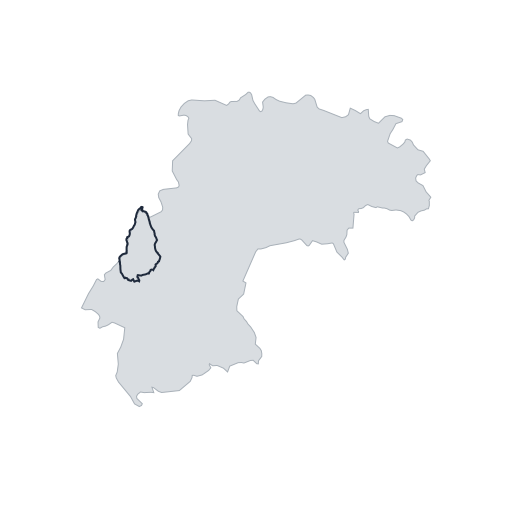 Mali, Mali, Guinea (highlighted), rotated 294°
{"feature_id": "49546643B49159513129654", "entity_name": "Mali", "entity_type": "district", "adm_level": 2, "iso_a3": "GIN", "parent_name": "Guinea", "parent_adm1": "Mali", "projection": "albers", "projection_center": [-12.025, 12.05], "detail": "fine", "context": "in_parent", "style": "outline", "palette": "slate", "viewbox_px": 512, "rotation_deg": 294, "n_neighbors": 0, "source": "geoboundaries", "source_scale": "gbopen_adm2", "svg_char_len": 7324}
<svg xmlns="http://www.w3.org/2000/svg" viewBox="0 0 512 512"><g transform="rotate(294 256 256)"><path d="M309.9,330.5L306.0,330.0L304.3,330.7L299.2,336.8L296.1,339.2L291.3,338.4L289.6,338.9L288.3,338.2L290.0,334.9L292.5,328.3L298.7,321.7L298.9,320.3L296.3,316.4L293.5,311.2L293.5,305.5L293.0,301.4L287.4,300.3L286.4,299.6L286.2,298.3L289.3,291.2L289.5,289.8L289.1,288.5L285.7,284.9L280.4,278.3L271.1,264.6L267.7,261.7L264.4,257.6L263.2,254.9L259.8,254.0L227.8,254.2L227.3,257.8L216.2,260.2L209.5,257.4L201.9,259.0L198.2,260.8L195.4,268.8L193.8,270.5L192.2,274.1L190.7,276.1L189.0,280.0L185.4,285.6L181.6,289.2L175.2,291.2L173.2,297.1L171.7,299.3L169.2,301.0L166.6,302.1L161.3,300.9L158.4,302.0L157.9,300.5L159.6,295.8L158.3,293.4L153.3,288.5L152.8,286.1L151.3,283.1L144.7,276.8L138.5,277.2L140.3,271.9L140.2,265.0L138.1,261.1L138.7,257.3L137.6,257.5L135.5,260.2L132.2,259.3L125.4,255.1L122.1,251.0L121.7,247.6L121.0,246.3L118.9,247.0L114.7,246.9L101.9,240.7L92.9,225.3L92.7,221.8L94.1,215.9L93.8,214.3L89.6,218.2L88.8,215.5L85.7,209.4L84.8,205.8L81.7,204.2L79.3,203.9L77.4,205.1L74.8,212.2L72.9,212.2L71.0,210.6L71.5,205.2L76.5,198.6L84.9,181.7L87.8,177.9L89.7,176.5L93.6,176.4L101.2,174.2L110.6,169.0L117.7,169.5L126.1,168.9L137.1,165.3L137.3,154.0L136.9,151.4L133.1,149.1L130.8,147.1L128.9,144.6L126.5,142.8L126.6,140.9L131.5,138.5L135.9,138.6L137.4,137.6L138.5,136.0L139.8,131.9L140.3,127.6L137.4,121.8L137.6,117.7L153.6,118.3L162.4,119.5L169.6,119.9L170.8,120.8L169.8,124.8L170.7,127.2L173.1,127.8L177.2,125.1L179.3,125.7L183.8,129.2L188.0,130.1L192.5,132.0L196.8,133.1L200.7,132.9L203.5,134.9L208.9,135.5L215.8,133.0L221.3,132.0L228.9,131.7L232.9,132.5L244.5,130.5L253.7,131.6L252.3,133.0L248.1,142.1L248.6,143.7L257.9,151.4L260.1,151.9L262.7,150.9L266.7,147.3L269.8,143.4L272.8,141.5L276.4,141.6L279.2,144.3L285.9,155.7L287.6,157.2L289.2,157.1L292.1,155.0L293.5,152.5L299.6,144.9L309.1,141.1L331.7,149.6L335.0,150.2L337.0,149.5L339.8,144.4L348.2,140.0L352.3,138.7L354.6,138.6L355.5,137.2L355.9,135.1L355.4,132.9L352.8,129.1L352.7,127.9L354.2,127.2L357.4,126.6L361.6,126.9L366.3,128.5L370.2,130.9L372.4,133.8L376.8,145.8L381.6,155.2L381.6,167.9L383.7,169.1L386.0,169.6L387.1,170.6L389.5,175.8L391.7,177.3L394.3,177.6L399.3,180.9L402.4,182.2L402.9,183.2L402.8,184.6L401.6,186.4L396.9,189.9L394.6,192.9L389.9,200.2L389.7,201.5L390.8,202.5L392.8,202.6L394.9,202.1L399.3,199.4L402.8,200.3L406.2,202.3L407.4,204.3L407.8,207.0L407.1,210.6L407.0,214.5L408.2,221.2L410.1,227.9L411.9,230.3L423.2,236.0L424.3,238.2L424.9,240.7L424.1,244.1L423.0,246.0L416.9,251.3L416.0,253.8L416.5,258.5L417.3,278.1L419.7,281.3L422.7,283.0L429.4,282.0L429.3,287.4L428.5,293.5L432.5,295.3L434.5,297.2L435.6,298.9L429.4,302.2L427.6,304.1L426.9,309.2L427.1,313.9L435.6,317.2L438.9,321.1L440.4,325.1L441.0,332.8L440.3,334.6L438.1,334.7L433.8,330.0L427.3,329.6L422.4,328.8L414.3,329.5L413.0,330.9L412.2,341.2L414.1,342.9L418.0,344.8L420.6,345.6L422.7,345.3L424.3,346.5L424.7,349.9L423.6,352.4L421.5,354.7L418.9,360.7L419.6,366.1L415.1,374.8L413.9,376.5L407.8,374.9L403.8,374.4L401.0,376.6L397.0,373.3L396.2,370.7L394.8,370.1L392.2,370.1L389.7,371.7L388.7,374.4L388.2,379.9L383.8,385.3L380.8,391.8L377.2,391.3L376.4,392.1L372.6,393.8L369.3,394.3L368.4,392.6L366.4,391.2L364.3,388.4L361.8,386.2L357.1,384.7L355.3,385.4L353.1,385.3L351.7,384.4L351.8,383.0L354.3,379.6L355.6,376.4L356.3,373.0L356.3,369.7L355.0,365.2L352.8,361.5L352.3,359.4L352.5,356.4L352.0,353.6L351.3,352.1L350.3,346.8L349.0,345.9L348.3,341.6L348.5,337.2L346.7,335.6L343.8,334.4L342.1,332.7L341.1,330.8L340.1,330.3L339.2,330.4L338.4,331.6L337.5,331.9L335.8,327.8L335.1,327.6L334.0,328.6L320.9,333.2L319.2,329.4L316.7,328.7L312.4,330.3L309.9,330.5Z" fill="#d9dde1" stroke="#a8b0b8" stroke-width="1"/><path d="M185.4,159.5L186.1,159.4L186.6,159.0L187.2,158.1L187.7,157.7L188.1,157.3L188.2,156.5L188.9,156.0L189.7,156.0L190.3,155.7L190.5,155.8L191.0,157.8L191.5,159.3L192.5,160.0L193.6,161.6L194.2,162.5L195.0,163.3L195.9,164.0L196.3,164.5L196.2,164.9L196.5,165.3L197.1,165.0L197.6,165.1L198.1,165.2L198.5,165.3L199.4,165.6L200.3,165.4L201.0,165.9L201.6,167.7L201.5,167.9L202.1,167.9L203.4,168.0L203.6,168.0L203.9,168.1L204.1,168.2L204.4,168.1L204.5,168.2L204.9,168.3L205.0,168.3L205.4,168.4L205.5,168.4L206.0,168.5L207.3,167.7L207.7,167.8L208.5,168.4L208.8,168.6L210.0,169.0L210.8,168.8L211.4,169.2L211.7,169.6L212.4,169.4L213.5,169.4L215.0,169.2L216.5,168.9L217.0,168.1L217.8,166.5L218.5,165.0L218.8,165.0L219.5,163.1L220.3,162.1L221.2,161.3L222.4,160.4L223.6,159.8L224.9,158.9L226.5,158.7L227.7,158.9L229.0,159.0L230.3,159.1L230.4,158.9L232.0,157.4L232.7,156.5L233.3,155.5L234.0,155.0L234.6,154.5L235.1,154.4L236.5,153.3L237.6,152.6L237.7,152.3L237.8,152.1L237.9,151.8L238.0,151.6L238.1,151.4L238.2,151.1L238.3,150.9L238.4,150.7L238.6,150.4L238.7,150.2L238.9,150.0L239.0,149.8L239.1,149.6L239.3,149.3L239.4,149.0L239.7,148.7L239.9,148.5L240.1,148.2L240.3,148.1L240.6,147.8L240.8,147.6L241.0,147.4L241.2,147.2L241.3,147.0L241.5,146.9L241.7,146.7L241.9,146.5L242.1,146.3L242.3,146.2L242.6,145.9L242.8,145.8L242.9,145.6L243.0,145.6L243.2,145.4L243.3,145.4L243.5,145.2L243.8,145.0L244.0,144.9L244.2,144.7L244.3,144.7L244.5,144.4L244.7,144.2L244.8,144.2L245.0,144.0L245.2,143.8L245.3,143.8L245.5,143.6L245.7,143.4L245.9,143.2L246.0,143.2L246.3,142.8L246.5,142.7L246.8,142.6L247.0,142.4L247.3,142.2L247.6,141.9L247.8,141.7L248.0,141.5L248.2,141.4L248.3,141.3L248.4,141.2L248.6,141.2L249.1,140.3L249.4,140.0L250.0,139.9L250.3,139.5L250.5,139.3L250.6,138.6L250.7,138.4L251.0,138.3L251.3,138.0L251.4,137.6L251.5,137.0L251.3,136.7L251.3,136.4L251.3,136.0L251.2,135.1L250.7,134.3L250.8,134.1L251.1,134.0L251.2,133.7L251.2,133.3L251.2,132.9L251.3,132.7L251.6,132.7L251.9,132.6L252.3,132.1L252.5,132.1L252.5,132.3L252.4,132.7L252.5,132.9L252.7,133.0L253.0,132.7L253.5,132.6L254.1,132.7L254.5,132.4L254.4,132.1L254.4,131.7L254.1,131.2L253.1,131.0L252.7,130.9L251.5,130.2L250.2,129.7L249.3,129.7L246.6,129.7L245.7,129.8L244.1,130.1L243.2,130.4L243.2,130.5L241.3,130.6L240.8,130.5L240.1,130.6L239.7,130.8L238.9,131.4L238.1,132.0L237.6,132.2L237.1,132.2L235.2,132.5L234.0,132.2L232.6,132.2L230.8,132.0L230.3,131.8L229.2,130.9L228.6,130.5L228.2,130.3L227.7,130.3L226.8,130.6L226.6,130.7L225.4,131.5L224.5,131.8L223.4,132.0L222.5,132.0L222.1,131.9L221.6,131.5L221.5,131.3L220.9,130.7L219.7,130.9L219.6,131.0L219.3,130.8L219.0,130.7L218.6,130.8L217.7,131.2L216.9,132.1L216.4,132.4L215.5,133.5L215.1,133.5L214.8,133.7L214.6,133.8L214.1,133.8L214.0,134.0L212.9,134.0L211.7,134.1L208.9,135.3L208.6,135.6L208.2,135.7L208.0,135.8L206.9,136.3L206.3,136.6L205.8,136.6L205.5,136.3L205.1,135.8L205.1,135.6L204.7,135.2L204.0,134.1L203.5,133.6L203.3,133.4L202.8,133.1L201.8,132.7L201.0,132.3L199.8,131.9L199.1,131.8L198.7,132.0L198.3,132.0L198.2,132.0L197.7,132.4L196.4,133.3L195.8,133.5L195.5,133.4L195.4,133.5L195.5,133.6L195.3,134.1L193.2,135.1L192.0,136.0L190.7,136.6L188.8,137.5L187.5,138.3L186.0,139.2L185.2,140.9L184.2,142.1L183.4,143.2L182.8,144.0L182.3,144.8L182.6,145.0L183.0,145.4L182.8,145.9L183.1,146.4L183.3,147.1L182.6,148.2L182.7,149.0L182.1,149.2L182.2,149.8L182.3,150.8L182.4,151.2L182.5,152.0L182.9,152.2L183.6,152.4L184.2,152.7L184.8,153.2L184.0,154.1L183.6,154.6L183.3,155.0L183.1,155.3L184.2,156.4L185.1,157.4L185.5,159.1L185.4,159.5Z" fill="none" stroke="#1e293b" stroke-width="2"/></g></svg>